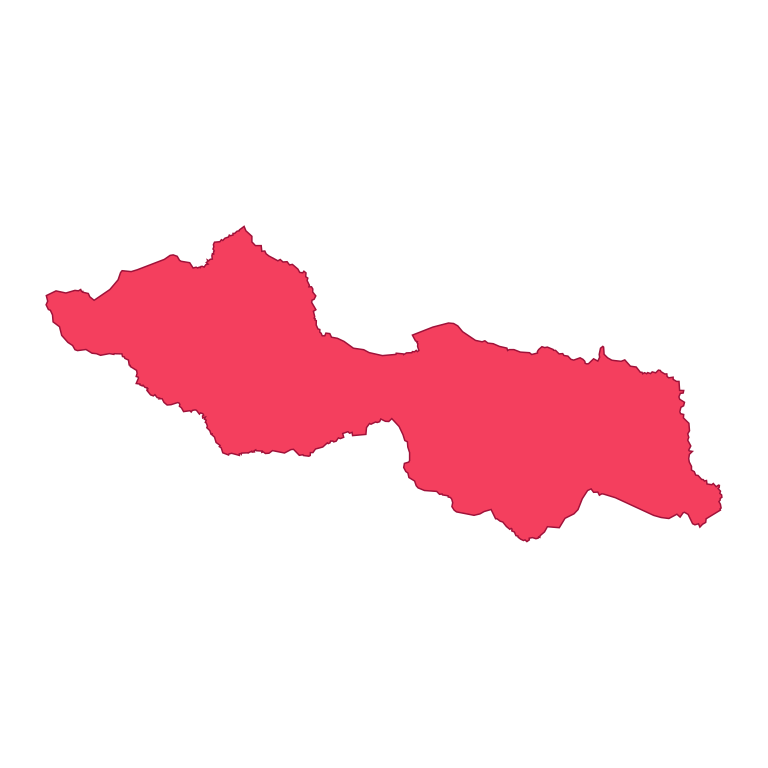 Si Samrong, Sukhothai, Thailand (Albers equal-area conic projection)
{"feature_id": "78962969B21904854514402", "entity_name": "Si Samrong", "entity_type": "district", "adm_level": 2, "iso_a3": "THA", "parent_name": "Thailand", "parent_adm1": "Sukhothai", "projection": "albers", "projection_center": [99.692, 17.177], "detail": "fine", "context": "isolated", "style": "filled", "palette": "rose", "viewbox_px": 768, "rotation_deg": 0, "n_neighbors": 0, "source": "geoboundaries", "source_scale": "gbopen_adm2", "svg_char_len": 6105}
<svg xmlns="http://www.w3.org/2000/svg" viewBox="0 0 768 768"><path d="M265.4,453.5L269.0,453.2L272.5,450.6L284.5,453.0L290.9,449.6L293.5,449.3L299.3,455.3L302.9,454.7L303.4,455.5L308.9,456.2L310.2,455.5L310.4,452.6L312.9,452.6L315.5,449.0L322.8,447.0L327.3,442.9L328.2,443.6L330.0,442.8L330.5,441.1L333.0,441.1L333.7,441.9L336.1,441.2L338.4,437.9L340.3,438.6L343.7,437.3L342.7,433.5L347.9,431.7L349.6,433.2L352.1,432.4L352.6,435.6L365.9,434.4L366.5,427.6L369.5,423.5L371.0,424.2L375.6,422.0L377.2,422.5L379.6,421.7L380.8,419.0L385.4,421.3L388.8,421.5L391.8,418.6L399.1,426.5L403.0,434.7L404.8,440.5L407.4,441.8L407.8,447.0L409.6,452.6L409.6,460.6L408.7,462.1L404.4,463.4L403.7,467.5L405.8,471.5L407.9,473.0L408.9,477.5L414.6,481.0L416.2,485.7L418.1,487.9L424.5,490.5L436.7,491.4L439.5,494.3L442.1,494.0L442.5,494.9L448.1,495.8L448.2,497.0L450.4,497.5L451.7,499.1L452.7,502.7L451.9,506.6L454.1,510.1L456.5,511.9L474.0,515.3L479.9,513.9L484.2,511.5L491.1,509.5L495.6,518.8L496.9,518.7L500.2,521.2L502.8,522.0L506.4,526.5L509.8,529.3L511.1,528.4L512.0,529.1L511.8,530.9L514.4,532.0L515.9,535.6L518.0,536.1L518.1,537.2L520.7,539.2L523.5,540.5L525.0,539.9L526.9,541.6L529.3,539.9L529.2,538.2L532.5,537.6L535.9,538.7L538.1,538.2L538.6,536.9L539.8,537.4L540.1,535.7L544.5,531.9L547.4,526.7L559.3,527.7L565.0,518.3L574.0,513.8L578.0,509.6L582.3,498.7L587.6,490.5L591.1,488.9L593.6,492.3L597.8,492.1L599.4,495.2L601.8,493.8L603.7,494.1L615.4,497.7L653.7,515.4L661.1,517.5L668.9,518.5L676.9,514.2L680.1,517.1L683.1,512.8L684.5,512.3L688.1,514.4L692.6,523.7L694.9,524.8L698.5,523.8L699.9,527.1L702.5,524.3L705.7,522.4L706.1,518.8L720.4,510.1L720.0,509.0L721.1,508.0L720.4,504.2L718.9,501.6L720.1,500.2L720.2,498.4L721.9,497.3L721.6,494.9L719.8,493.4L720.5,491.2L718.1,488.6L719.2,487.4L719.4,485.4L718.5,485.1L716.1,486.7L713.3,483.5L711.8,484.7L707.0,484.0L706.5,480.5L704.4,481.0L703.2,479.6L701.6,479.4L698.1,475.5L695.7,475.1L694.3,471.7L691.5,470.0L691.5,466.4L689.3,462.1L688.7,458.6L689.4,454.3L692.4,451.4L689.3,450.9L688.7,450.1L690.8,446.0L687.7,440.2L688.8,437.3L687.7,433.9L689.5,430.8L688.9,423.3L683.4,417.9L683.7,414.5L680.6,413.7L679.8,411.8L680.9,407.3L683.6,405.8L684.5,402.3L679.7,399.3L678.9,396.9L680.3,393.4L683.2,393.0L683.7,390.5L679.6,390.4L679.0,381.4L676.5,381.4L673.2,379.4L673.1,377.2L668.7,377.8L667.1,376.5L666.8,373.9L664.8,374.0L660.9,371.6L660.4,370.5L658.4,370.1L655.7,372.8L652.2,371.9L650.5,373.6L647.7,372.6L646.7,373.7L644.4,372.7L642.7,373.8L642.0,372.3L640.4,372.3L636.2,367.0L630.4,366.2L624.8,359.9L621.1,361.3L614.7,360.6L611.8,360.2L607.6,357.8L604.1,354.3L603.6,347.1L602.8,346.4L600.5,348.2L599.2,354.4L599.6,357.3L597.8,361.1L593.6,358.8L588.5,363.7L586.8,363.9L585.2,363.3L584.8,361.3L583.0,359.4L580.1,357.8L573.7,360.1L570.9,359.3L567.9,356.1L563.9,355.5L562.7,353.6L559.1,353.9L555.6,350.4L553.5,350.3L553.2,349.5L547.4,347.1L544.7,347.6L541.9,346.7L538.7,349.5L537.4,351.5L537.5,353.0L531.7,354.5L529.5,352.7L520.4,352.1L513.9,349.6L509.2,349.6L507.6,350.5L506.9,348.1L499.4,346.4L493.2,343.7L487.9,343.1L484.9,340.8L482.1,341.8L475.5,340.4L462.6,331.7L457.8,325.9L453.6,323.5L448.5,323.0L432.8,327.1L412.4,335.1L415.5,340.9L417.4,341.7L416.9,342.6L417.8,343.6L417.6,346.4L418.9,350.5L417.3,351.6L416.2,350.4L414.5,351.8L412.4,351.6L411.8,352.7L406.5,352.9L403.6,354.6L403.3,353.9L396.2,353.2L395.9,354.4L382.4,355.6L369.1,352.6L363.7,349.7L353.4,348.2L344.0,341.4L337.4,338.3L331.5,337.2L329.8,333.6L325.9,333.1L324.8,335.8L322.2,335.8L321.2,333.3L319.8,332.2L319.8,329.5L318.0,329.0L316.2,325.0L316.3,320.6L315.0,320.0L315.1,318.6L314.2,318.1L314.7,316.6L313.4,311.3L315.9,309.7L311.7,302.5L312.0,300.2L314.1,299.3L315.8,295.9L312.7,292.0L312.8,289.0L311.5,286.8L308.9,286.8L309.4,285.3L307.1,280.6L307.8,278.1L305.7,276.7L306.0,272.9L303.9,271.2L302.7,272.8L299.7,272.4L297.9,269.1L292.4,264.4L289.5,264.9L287.1,261.7L283.0,262.0L280.2,259.5L277.9,260.8L268.8,255.9L266.1,253.8L264.8,251.0L261.8,251.3L261.2,245.6L255.4,245.6L251.9,241.9L251.9,236.3L245.9,230.8L244.1,226.4L239.4,229.9L239.3,230.7L236.9,231.3L234.7,233.4L233.0,233.4L233.0,235.0L230.5,235.7L229.3,235.1L228.5,237.0L224.9,238.2L222.8,240.5L221.4,239.7L219.9,241.7L214.5,242.2L213.4,244.6L213.8,246.9L213.0,249.0L214.3,250.9L213.6,251.6L213.6,254.1L212.4,253.7L211.9,255.8L212.3,259.1L210.2,259.3L208.7,260.8L207.4,260.0L207.8,261.3L206.3,262.6L208.0,264.1L205.8,264.7L204.1,267.1L202.2,266.3L200.9,266.5L200.2,267.7L199.3,267.1L197.7,268.0L196.1,267.2L193.1,268.0L189.7,262.7L181.2,261.3L179.5,260.3L177.2,256.3L173.2,254.9L170.1,255.4L164.3,259.4L137.2,269.8L131.2,271.6L122.1,270.7L120.6,272.5L118.1,279.8L109.9,289.5L94.1,300.3L89.8,296.8L88.3,293.5L82.7,292.2L82.8,291.4L81.5,291.4L80.7,289.5L78.4,290.8L74.9,290.4L65.9,293.0L56.0,290.9L46.3,295.6L47.7,301.2L46.1,304.8L48.4,309.5L50.4,310.3L52.5,314.9L53.1,321.9L59.5,326.7L61.7,335.4L67.9,342.4L72.6,345.5L75.0,349.7L77.5,350.6L86.0,349.5L92.0,353.2L96.5,353.7L100.5,355.3L109.4,353.6L113.9,354.4L114.2,353.7L121.9,353.9L122.5,356.5L124.4,357.0L124.9,358.4L128.4,360.0L129.2,365.0L130.3,365.4L130.3,366.5L136.6,370.4L137.1,373.4L136.2,376.5L138.0,377.0L138.5,378.0L136.2,383.5L140.0,384.1L139.9,384.8L142.3,385.9L143.0,385.2L145.0,387.4L147.3,387.8L147.8,388.5L147.0,389.1L147.7,390.0L147.0,390.5L150.6,394.9L153.4,395.9L154.9,394.7L157.2,397.6L159.5,398.1L159.1,398.8L162.1,398.7L164.0,402.4L167.1,405.0L171.0,404.7L177.5,402.6L178.9,402.9L179.9,404.3L179.4,406.2L181.4,407.8L183.6,411.6L189.9,410.7L191.2,412.0L192.3,410.4L195.1,409.9L196.5,410.3L199.4,414.1L200.5,412.9L202.7,413.6L203.6,415.1L202.5,416.0L202.7,418.0L205.4,417.1L204.4,419.2L206.2,420.2L205.3,422.4L206.3,423.0L207.4,426.0L206.8,427.7L209.8,430.6L211.0,434.1L212.0,433.9L211.8,434.7L214.5,437.1L216.1,442.5L220.1,445.4L219.3,446.6L221.2,447.8L222.8,452.8L228.6,455.0L229.0,453.9L231.7,453.3L239.4,455.4L239.3,453.9L241.0,453.5L241.3,454.1L241.7,453.1L248.0,452.8L248.5,453.5L248.4,452.8L251.8,451.2L252.1,452.1L254.4,451.9L254.1,450.8L255.8,449.8L256.1,450.7L262.2,451.1L261.9,452.3L263.3,451.9L265.4,453.5Z" fill="#f43f5e" stroke="#9f1239" stroke-width="1.5"/></svg>